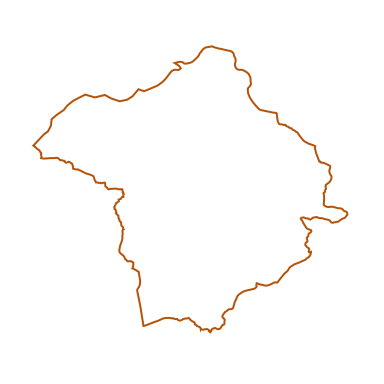 Seno, Séno, Burkina Faso (Equal Earth projection), rotated 262°
{"feature_id": "67063806B86156352342594", "entity_name": "Seno", "entity_type": "district", "adm_level": 2, "iso_a3": "BFA", "parent_name": "Burkina Faso", "parent_adm1": "Séno", "projection": "equal_earth", "projection_center": [-0.111, 13.969], "detail": "fine", "context": "isolated", "style": "outline", "palette": "amber", "viewbox_px": 384, "rotation_deg": 262, "n_neighbors": 0, "source": "geoboundaries", "source_scale": "gbopen_adm2", "svg_char_len": 6000}
<svg xmlns="http://www.w3.org/2000/svg" viewBox="0 0 384 384"><g transform="rotate(262 192 192)"><path d="M220.2,320.5L221.3,318.9L223.4,314.6L226.3,310.6L227.9,309.2L232.9,306.3L235.3,305.1L235.9,304.9L236.4,304.5L237.0,303.6L237.9,302.7L238.7,302.0L239.7,300.3L240.6,299.7L241.1,299.6L241.5,298.3L242.1,297.4L243.3,296.3L243.6,295.8L243.7,295.2L244.0,294.7L245.0,294.2L245.6,293.6L245.4,293.3L245.7,292.1L246.5,290.2L246.8,288.6L247.3,287.6L250.0,286.8L255.2,286.7L257.8,286.9L258.5,286.4L258.8,285.9L259.1,284.0L259.8,282.1L263.5,271.8L264.0,270.8L265.3,269.4L272.2,264.9L277.4,262.5L281.4,261.4L283.4,261.3L286.2,261.6L287.2,262.1L288.2,263.5L289.4,264.5L290.4,265.3L291.2,265.5L292.2,265.4L297.4,265.8L301.3,264.4L303.5,262.3L305.4,259.7L306.0,258.3L306.2,257.6L306.4,256.0L306.7,255.0L307.1,254.1L308.2,253.0L309.7,252.5L311.5,252.1L313.3,252.5L315.1,253.3L316.6,253.6L318.0,253.6L321.0,252.6L323.0,252.5L324.5,251.8L325.4,251.0L326.2,249.8L327.5,246.1L329.0,242.3L330.6,237.8L332.1,234.4L333.5,232.0L333.4,231.7L333.2,225.4L331.9,222.9L328.0,218.8L326.2,217.7L324.9,216.3L321.1,211.0L320.3,208.6L319.9,204.6L320.3,202.2L322.1,200.4L322.7,197.6L322.1,192.8L320.1,195.2L317.9,197.4L315.9,198.0L314.7,195.8L315.5,191.5L314.7,188.9L313.0,186.9L307.8,181.7L305.0,178.0L302.1,172.5L299.4,162.3L298.5,158.5L301.2,153.3L295.1,146.5L292.4,140.6L291.9,133.0L295.9,125.0L300.2,119.3L299.2,108.9L303.3,99.8L298.9,87.1L295.1,80.7L291.0,76.4L287.5,69.3L283.6,63.1L277.2,61.5L272.0,57.7L269.9,53.7L260.0,41.3L258.7,42.9L258.3,43.0L257.5,43.8L256.5,44.4L254.4,46.7L254.1,46.9L253.2,46.9L251.9,48.0L251.4,48.1L250.2,47.7L249.0,47.8L247.6,47.8L246.5,47.3L245.8,49.7L245.6,50.8L245.2,57.4L244.8,59.4L244.7,62.6L244.5,63.3L244.2,64.0L241.9,65.9L241.6,67.6L241.0,68.5L240.8,69.1L240.8,69.7L239.9,70.5L239.0,70.6L238.5,71.4L238.7,72.7L239.1,74.2L238.1,75.7L237.1,76.6L236.6,77.3L234.7,77.4L234.1,77.8L233.6,77.8L232.2,77.4L231.4,77.7L231.4,78.0L230.8,79.4L230.2,81.6L230.2,82.4L229.3,83.4L228.7,84.5L225.3,89.3L224.3,91.6L223.3,93.6L222.4,95.2L221.4,96.5L220.1,96.9L217.0,97.4L216.3,97.9L214.9,98.1L214.5,100.0L214.0,100.6L213.8,102.6L213.4,103.1L213.2,103.6L213.4,104.1L213.5,105.3L213.5,106.8L213.3,107.0L211.9,107.2L209.6,107.0L207.9,108.7L206.6,109.2L206.3,109.7L206.4,112.0L206.0,116.5L205.7,118.1L204.8,119.9L204.8,121.6L204.4,122.1L204.4,123.3L203.0,123.3L202.0,123.6L201.3,123.2L200.6,123.5L200.7,123.9L200.4,124.1L199.5,124.2L198.2,123.4L196.7,123.4L196.7,122.0L195.1,120.5L194.9,119.0L194.5,118.2L193.1,118.3L192.7,117.9L191.4,115.1L189.8,114.4L188.2,113.0L187.5,112.9L186.9,113.2L186.0,112.9L185.2,113.8L182.4,114.3L181.8,113.7L181.1,113.9L180.1,114.8L179.6,115.0L178.8,115.8L176.3,115.6L175.4,116.2L174.5,116.0L173.9,116.4L173.1,116.4L172.0,117.5L168.7,117.4L167.9,117.7L167.0,118.7L165.9,118.9L164.9,118.8L164.6,119.0L164.5,118.4L163.3,117.7L160.6,117.6L158.0,116.9L156.1,116.7L153.9,116.0L148.4,113.2L145.5,112.2L143.4,111.8L142.3,111.9L140.2,113.5L139.0,114.8L137.8,115.6L136.0,116.3L135.2,116.3L134.4,116.9L134.1,117.5L133.3,117.7L132.2,118.8L132.1,121.5L131.9,121.8L131.4,122.9L131.1,123.0L130.3,124.1L128.2,123.7L127.8,123.8L127.2,123.4L126.7,123.4L126.4,123.1L125.7,122.8L125.3,122.9L124.8,122.8L124.6,122.5L124.0,123.6L123.5,124.1L122.7,125.3L120.3,128.1L111.3,128.3L107.5,127.5L105.4,126.3L103.5,124.6L102.7,124.1L101.8,124.0L86.8,124.9L66.1,125.3L66.3,127.5L68.5,136.7L69.1,140.2L70.8,145.9L70.9,148.6L70.5,151.9L70.0,153.8L69.6,154.5L69.6,155.7L68.8,156.9L68.4,158.1L68.2,159.8L67.0,160.4L66.3,162.0L66.7,164.3L67.4,165.5L67.5,166.2L67.6,167.4L67.5,170.1L67.7,171.3L65.2,173.0L64.1,174.1L62.5,176.4L62.0,176.5L61.3,176.3L60.5,176.4L59.9,177.6L58.6,178.3L58.1,179.3L56.9,181.1L56.3,181.4L55.1,181.5L55.5,181.7L54.6,182.4L54.0,184.1L54.3,185.2L54.3,186.1L54.1,187.9L53.9,188.3L52.6,189.8L51.9,189.4L50.5,190.6L51.5,191.6L52.4,192.0L53.5,192.9L53.7,193.3L54.1,195.4L54.0,196.2L52.7,198.1L52.5,198.7L52.5,199.8L53.0,201.1L54.8,202.6L55.3,203.1L55.8,203.4L56.1,203.9L56.2,204.9L56.6,205.6L61.1,206.6L61.7,206.4L63.0,205.2L63.8,204.8L64.8,204.8L66.1,205.6L68.4,207.9L69.4,210.0L70.4,211.3L70.7,212.4L70.6,214.7L70.8,215.8L71.5,216.6L77.1,219.0L79.0,220.4L81.7,221.9L82.9,222.8L83.9,224.1L85.3,226.7L86.1,228.7L86.6,230.5L86.9,232.9L87.5,240.2L88.1,241.4L88.8,242.4L89.5,242.9L91.1,242.7L91.8,243.3L92.6,243.4L92.1,244.7L91.5,245.4L90.8,246.7L90.8,247.5L89.2,251.1L88.9,253.1L89.1,254.9L89.8,257.8L90.9,260.6L90.9,261.9L90.5,263.8L90.8,264.5L91.8,265.2L98.4,272.2L100.4,275.5L103.7,278.3L104.8,280.4L106.3,283.8L107.0,287.4L108.9,294.1L109.4,295.3L110.0,295.8L111.1,298.1L111.7,299.2L113.0,300.3L115.9,301.6L116.2,301.6L116.0,300.9L116.0,299.5L116.7,299.2L118.9,300.1L119.6,300.0L120.3,299.6L121.0,298.6L123.3,297.0L124.0,296.8L125.8,297.5L126.7,299.1L127.1,299.5L130.8,299.3L132.0,300.9L134.0,301.5L134.5,301.9L135.5,303.9L136.1,304.5L136.7,304.8L137.7,304.5L138.9,302.2L139.7,301.0L140.4,300.3L145.1,298.2L148.3,297.1L149.5,296.3L150.5,296.0L150.9,296.3L151.3,297.3L151.3,299.0L149.9,301.6L149.8,302.2L149.8,302.9L148.2,305.1L149.0,307.1L149.7,307.9L149.7,309.2L149.9,310.0L149.7,310.9L150.0,311.5L149.6,312.1L149.5,312.8L148.6,313.9L148.4,314.4L148.1,316.7L146.4,320.4L145.7,322.7L144.9,324.0L144.1,324.9L142.9,325.3L142.3,326.1L141.9,327.1L142.2,328.5L142.1,329.4L142.3,331.1L142.2,332.3L142.4,333.0L143.1,334.1L144.4,336.7L145.1,339.5L145.4,340.1L148.0,342.7L149.2,342.7L150.7,342.4L151.0,342.1L152.0,340.1L152.7,339.5L153.8,338.8L154.7,337.9L155.4,335.7L155.6,334.4L157.4,330.3L158.0,328.4L158.2,324.5L158.7,323.2L159.5,321.9L160.4,321.0L161.3,320.7L166.7,321.9L169.1,322.2L172.4,322.1L172.9,322.4L173.4,323.5L175.3,324.1L176.4,325.1L179.1,325.1L180.1,325.3L181.0,326.6L182.3,329.0L183.7,330.5L185.1,331.5L186.4,332.0L187.5,332.3L188.8,332.1L190.5,331.2L193.0,330.8L194.8,331.2L196.9,332.3L198.4,332.4L198.9,332.0L201.7,327.9L202.4,326.6L202.8,325.7L203.1,324.0L204.2,323.4L204.2,322.5L205.8,322.0L213.4,320.3L218.5,319.8L220.2,320.5Z" fill="none" stroke="#b45309" stroke-width="2"/></g></svg>